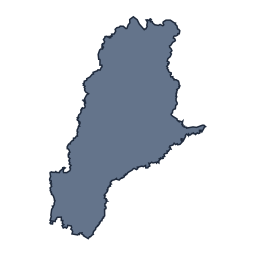 outline of Tierra Blanca, Veracruz, Mexico, rotated 271°
{"feature_id": "50627088B91497262101236", "entity_name": "Tierra Blanca", "entity_type": "district", "adm_level": 2, "iso_a3": "MEX", "parent_name": "Mexico", "parent_adm1": "Veracruz", "projection": "orthographic", "projection_center": [-96.335, 18.527], "detail": "fine", "context": "isolated", "style": "filled", "palette": "slate", "viewbox_px": 256, "rotation_deg": 271, "n_neighbors": 0, "source": "geoboundaries", "source_scale": "gbopen_adm2", "svg_char_len": 5776}
<svg xmlns="http://www.w3.org/2000/svg" viewBox="0 0 256 256"><g transform="rotate(271 128 128)"><path d="M121.8,188.7L122.8,188.9L122.0,189.9L122.2,190.6L123.7,192.0L123.5,193.1L124.2,193.4L122.8,195.5L123.4,195.6L123.3,196.4L124.3,197.3L123.7,198.6L124.2,199.8L126.9,199.5L127.0,201.0L125.7,201.0L126.0,201.5L125.4,201.9L129.2,204.0L129.9,204.1L129.9,203.7L130.7,205.5L132.1,203.9L132.1,202.4L129.8,196.5L130.2,193.0L128.8,185.9L129.2,186.7L129.7,186.6L130.0,184.2L130.8,184.4L131.1,182.6L132.5,182.8L132.5,181.9L135.8,182.6L135.1,181.9L135.9,179.0L135.2,178.9L136.7,177.0L137.9,176.9L140.7,172.2L142.1,170.9L143.3,171.2L143.9,172.2L146.2,172.3L147.5,173.4L148.0,175.0L151.5,175.3L152.4,176.6L153.8,176.8L156.1,175.6L158.4,175.5L160.1,176.2L160.7,175.3L161.4,175.8L163.3,175.5L164.0,176.2L164.6,175.8L166.6,176.6L167.3,176.1L168.8,178.3L170.7,179.0L170.7,178.4L171.6,178.9L172.3,178.2L173.7,178.3L175.8,177.6L177.1,175.2L177.0,173.1L178.1,173.1L178.9,171.8L180.1,171.9L179.9,169.9L182.0,169.4L182.5,170.3L183.9,170.2L184.6,168.2L186.1,167.2L186.6,167.5L188.1,166.1L189.0,166.7L190.3,165.6L191.9,167.1L192.9,166.7L193.0,167.8L194.1,168.0L194.7,167.8L195.5,166.0L198.1,166.7L200.0,168.9L202.8,170.1L204.1,169.0L206.0,170.6L208.1,169.6L209.4,168.2L210.9,168.1L211.3,169.2L214.4,171.2L215.8,173.5L216.6,173.8L218.1,173.1L218.7,171.8L220.2,172.1L220.8,172.7L220.8,174.1L221.5,175.4L222.1,176.2L223.2,176.2L223.1,177.6L226.2,178.1L227.5,177.0L227.9,175.8L230.9,175.2L232.6,173.4L233.7,173.7L234.0,172.4L236.6,168.4L236.5,164.1L234.7,161.4L233.5,161.1L231.8,162.0L231.1,161.5L230.9,160.8L232.1,158.3L231.1,156.5L231.7,152.9L233.5,150.8L234.7,150.4L234.6,148.7L235.7,148.5L236.5,149.5L237.5,148.7L237.2,147.9L235.9,147.0L236.5,145.5L236.3,144.2L234.4,145.6L231.1,145.0L229.9,145.4L227.3,144.0L227.3,142.7L226.7,142.4L232.1,137.5L236.4,135.3L239.3,131.4L236.5,127.8L233.1,128.0L231.3,126.5L227.5,125.1L227.4,124.1L229.6,121.6L229.7,118.4L228.6,117.5L228.1,115.1L226.4,113.4L224.6,114.0L221.8,112.6L221.5,110.0L219.6,110.5L219.2,110.1L219.7,109.2L219.3,108.3L218.0,108.9L217.8,107.7L219.2,106.5L218.7,105.7L219.3,105.1L219.0,103.4L217.9,103.3L216.1,101.9L213.9,103.1L212.0,102.4L211.9,101.1L210.7,100.5L210.5,101.1L209.2,100.6L208.8,101.5L208.3,100.9L208.1,101.7L207.5,101.1L206.9,101.4L206.5,101.0L206.6,99.7L205.6,98.4L201.1,96.9L196.2,97.5L196.1,98.5L195.5,98.8L190.4,98.8L190.4,100.7L188.7,101.0L188.3,100.3L185.5,99.2L185.6,96.9L184.7,96.4L183.0,92.1L181.4,92.5L181.1,91.3L178.3,89.0L176.6,85.9L175.6,86.1L174.9,85.6L174.0,83.4L172.5,83.5L171.7,82.5L171.1,83.2L170.1,82.5L169.0,84.3L167.7,83.5L166.6,84.3L165.3,83.9L163.3,85.0L161.5,87.9L160.3,86.0L156.5,84.1L155.1,84.4L155.1,83.4L154.5,84.1L154.4,83.0L153.0,84.8L152.5,84.3L152.1,85.0L151.2,84.0L148.7,84.8L147.4,84.3L147.0,83.4L147.4,82.3L146.7,82.0L146.8,81.3L145.4,81.3L145.2,80.5L143.2,80.8L141.4,80.0L140.3,78.6L138.4,78.0L138.0,78.4L137.4,77.2L136.8,77.9L135.8,77.0L134.9,77.3L134.7,78.4L133.7,78.5L133.4,79.6L132.3,80.0L131.9,79.9L132.0,78.9L130.6,79.5L129.2,78.7L128.9,79.3L128.4,78.3L126.9,78.1L125.5,77.3L123.9,77.1L123.1,77.9L122.1,77.3L119.0,77.6L119.0,76.6L116.9,75.1L116.9,73.7L114.7,73.6L114.4,72.5L112.2,70.4L111.2,70.6L110.9,68.9L108.1,67.5L106.3,67.6L106.3,68.2L104.9,69.5L102.7,70.3L102.2,69.4L100.7,69.6L100.8,68.8L100.1,68.7L97.9,68.9L96.5,70.5L95.5,69.8L94.4,70.0L94.2,69.5L92.3,70.5L91.0,69.8L89.6,71.7L88.1,70.6L87.2,70.4L86.9,71.1L86.1,71.2L84.3,70.6L82.3,67.6L82.3,64.5L83.3,64.0L85.6,64.3L87.0,65.9L87.5,64.8L87.1,63.4L85.9,63.3L83.9,60.8L82.3,60.2L82.3,57.3L83.2,56.6L82.4,55.8L82.4,52.8L82.8,52.5L82.3,51.1L81.7,50.8L78.1,51.5L75.5,50.5L73.8,50.9L74.0,52.0L73.5,52.2L72.3,52.1L72.0,51.4L71.3,51.2L70.6,52.5L69.8,52.0L68.4,52.7L66.7,51.1L65.1,51.6L64.0,51.3L62.8,52.4L62.0,52.1L61.4,52.9L60.3,52.7L59.6,54.0L58.3,54.7L55.5,55.7L54.7,55.5L54.0,56.3L51.4,55.4L50.5,55.7L48.7,54.8L48.5,53.8L47.6,54.5L45.3,53.1L39.4,52.4L38.3,52.9L34.3,51.7L33.8,53.0L31.8,51.7L31.7,52.2L30.9,52.3L30.7,54.2L33.6,54.6L33.2,56.8L35.2,57.2L35.8,58.2L36.6,58.1L37.5,58.9L37.7,62.9L34.3,62.9L34.3,64.4L31.5,64.0L30.2,65.5L29.3,63.8L26.9,65.0L27.7,66.8L26.8,68.2L27.9,69.1L29.6,69.4L29.1,72.9L27.6,73.4L25.9,72.6L25.4,73.5L23.6,74.5L21.1,73.8L20.2,79.7L21.3,80.4L20.8,81.3L22.1,81.6L22.4,83.8L21.3,83.5L19.9,85.6L19.4,85.5L16.7,90.2L18.6,91.4L18.6,92.4L20.2,93.7L21.1,95.2L21.9,94.8L24.0,95.4L26.0,97.3L27.9,97.6L29.1,99.1L30.0,99.3L29.9,99.9L31.9,101.2L32.6,101.0L32.8,101.7L33.5,101.6L35.0,103.0L34.9,103.5L36.8,103.9L37.8,105.2L38.4,104.8L39.7,106.2L46.4,106.0L46.9,107.2L47.7,107.5L49.3,107.0L49.4,106.3L51.8,106.2L52.3,107.1L54.4,107.7L54.5,108.4L54.8,107.9L55.7,108.1L55.9,107.1L56.9,107.4L57.5,105.6L59.0,106.1L59.7,105.7L59.9,106.3L60.6,105.5L64.3,108.5L65.7,108.2L65.7,108.9L68.2,109.0L68.8,110.1L69.8,110.4L69.6,111.4L71.1,111.2L71.7,112.3L72.6,111.2L73.8,111.5L74.1,112.4L75.1,112.4L76.1,115.6L77.2,117.2L76.6,117.2L75.8,120.1L77.4,121.5L77.7,122.9L78.3,122.9L78.5,124.6L79.7,125.3L80.5,125.0L80.8,126.4L81.8,126.4L81.6,127.5L83.5,128.7L86.1,133.0L87.5,134.1L87.7,134.9L86.6,137.2L87.3,138.2L89.0,138.1L88.7,139.2L89.3,139.5L90.1,142.6L89.6,144.0L90.8,146.2L88.4,146.5L88.5,148.5L89.5,148.9L90.4,150.5L93.1,149.5L92.9,150.6L94.2,152.3L93.5,153.5L94.2,156.6L93.4,157.2L94.6,158.0L93.6,159.5L95.9,159.5L96.9,160.5L98.3,159.3L97.4,160.6L97.8,161.3L98.6,161.4L98.0,162.5L98.3,163.7L99.7,163.3L100.2,165.2L101.9,164.4L102.8,165.0L103.5,167.6L105.6,167.6L105.3,168.6L107.9,170.4L107.7,171.3L109.3,170.6L109.6,169.7L110.8,170.2L111.8,173.3L113.6,174.4L112.3,175.8L113.1,177.5L112.1,178.0L112.6,180.3L115.3,182.7L115.6,182.1L116.3,182.6L116.9,181.2L118.2,181.4L117.8,183.4L116.8,183.8L120.6,185.7L121.5,185.5L122.9,186.6L121.8,188.2L122.5,188.4L121.8,188.7Z" fill="#64748b" stroke="#1e293b" stroke-width="1.5"/></g></svg>